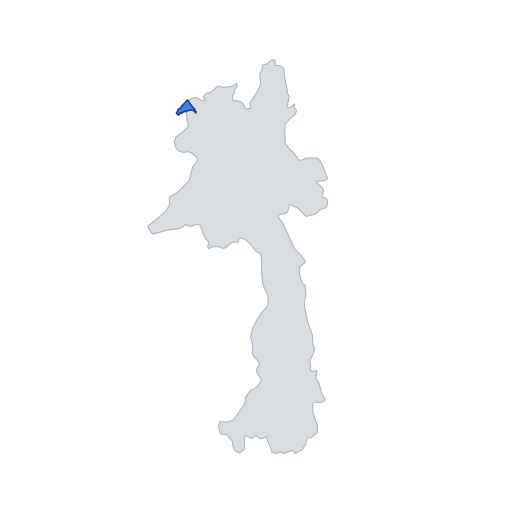 Tonpheung, Bokeo, Laos shown in context, rotated 29°
{"feature_id": "54806243B26720131925701", "entity_name": "Tonpheung", "entity_type": "district", "adm_level": 2, "iso_a3": "LAO", "parent_name": "Laos", "parent_adm1": "Bokeo", "projection": "robinson", "projection_center": [100.271, 20.454], "detail": "fine", "context": "in_parent", "style": "filled", "palette": "blue", "viewbox_px": 512, "rotation_deg": 29, "n_neighbors": 0, "source": "geoboundaries", "source_scale": "gbopen_adm2", "svg_char_len": 6215}
<svg xmlns="http://www.w3.org/2000/svg" viewBox="0 0 512 512"><g transform="rotate(29 256 256)"><path d="M191.1,80.5L193.2,84.5L202.6,95.3L204.3,98.2L207.7,100.5L210.7,110.1L211.9,110.7L213.5,110.0L214.6,108.7L215.6,104.9L216.2,104.5L217.3,107.6L220.0,108.5L221.1,109.8L221.5,112.2L221.1,114.5L218.9,120.0L217.6,127.3L226.9,143.1L230.8,145.2L240.0,147.8L246.3,151.3L249.2,150.4L252.0,146.5L255.3,144.3L261.5,141.0L263.3,140.8L266.7,142.1L272.3,146.0L280.9,153.4L280.6,155.3L279.1,157.2L274.5,160.2L273.1,162.0L274.0,162.7L277.8,163.2L282.3,164.8L283.7,166.8L284.4,171.1L285.2,172.0L289.4,171.5L290.7,172.1L292.2,173.5L293.7,177.1L293.7,179.8L289.6,184.6L289.1,187.5L287.0,190.9L281.4,196.6L279.8,197.0L269.4,193.8L261.0,194.3L260.4,195.5L261.8,198.9L262.2,202.4L260.9,205.0L256.2,208.4L256.0,209.8L257.0,211.4L263.9,214.5L286.3,231.0L296.4,234.1L300.9,236.2L302.0,237.4L302.0,238.8L300.9,240.6L299.9,243.9L299.9,245.8L300.9,247.7L302.7,250.5L309.0,256.8L313.6,258.3L318.4,265.4L319.9,271.7L322.3,275.8L333.9,289.4L343.6,297.7L349.4,306.7L352.3,308.8L353.2,312.0L354.0,321.5L357.4,326.3L358.1,328.2L359.6,329.6L361.2,329.9L364.5,326.8L365.2,327.2L366.8,332.2L368.2,334.1L373.3,337.2L378.8,343.2L381.8,345.4L385.4,347.1L386.0,349.0L385.3,351.0L384.2,352.2L377.9,355.7L377.1,357.2L381.3,365.0L391.9,374.5L395.2,380.3L394.5,383.0L391.7,388.6L389.5,390.1L389.0,391.9L390.6,396.4L390.5,403.4L388.5,405.1L386.7,409.4L385.4,409.7L382.2,408.2L375.5,415.6L372.6,415.2L369.2,419.3L364.8,419.8L361.8,416.8L355.4,411.8L353.0,408.8L351.1,411.4L347.7,414.0L342.9,413.1L341.6,416.8L340.7,417.4L334.9,418.1L333.9,418.7L334.8,422.0L338.2,427.7L339.3,431.0L337.2,436.4L331.2,436.3L328.5,434.1L325.1,429.5L317.4,426.5L312.3,428.6L310.7,428.5L306.9,424.7L305.4,422.2L304.6,418.5L310.4,415.6L313.3,413.2L315.3,410.8L316.1,408.2L317.0,397.6L317.8,393.9L317.3,389.3L315.7,385.6L315.7,380.2L316.5,375.8L318.7,373.6L320.2,370.5L321.1,363.4L320.4,361.6L318.2,359.8L314.4,358.2L312.1,356.1L311.2,353.6L311.2,351.4L312.3,349.5L309.5,347.3L302.8,345.0L299.1,342.2L298.3,338.9L295.5,334.6L290.6,329.3L288.1,321.7L287.8,311.7L288.3,303.6L290.3,294.2L287.5,287.4L284.4,283.8L280.1,281.2L276.0,277.4L272.1,272.5L267.4,265.3L262.0,255.6L258.3,251.3L256.5,252.3L252.6,251.4L246.6,248.7L241.4,247.2L237.0,246.9L234.1,247.6L232.8,249.0L232.7,250.5L233.8,251.9L233.2,253.0L230.9,253.8L229.0,255.4L226.9,258.9L225.5,263.6L223.3,265.3L219.9,265.7L216.6,267.1L213.3,269.3L211.7,271.0L211.9,272.2L211.2,272.4L209.6,271.8L208.8,270.2L208.9,267.8L207.2,266.2L203.8,265.4L199.9,262.8L192.4,256.2L190.7,255.9L188.2,257.6L185.0,261.3L182.4,262.8L180.3,262.0L178.7,263.4L177.6,266.8L175.5,269.4L165.5,276.6L156.5,285.8L154.2,286.7L148.7,284.1L147.0,282.3L154.5,263.4L155.6,258.8L155.4,252.7L152.2,247.6L152.0,246.2L152.5,244.6L156.4,238.7L160.8,223.6L160.5,218.9L158.6,213.8L157.5,208.9L158.4,202.2L158.0,199.6L155.9,198.3L149.1,197.0L145.1,198.1L143.2,199.9L140.9,201.0L136.6,201.6L132.5,199.4L129.1,195.6L128.3,190.9L132.5,180.8L133.6,176.9L133.5,175.0L132.7,173.1L131.7,172.9L129.5,170.5L127.4,166.3L125.4,164.4L123.5,164.7L121.7,166.3L118.9,170.3L117.9,169.8L120.5,155.8L122.9,149.9L125.7,147.1L128.6,146.0L131.7,146.4L134.4,145.9L136.5,144.4L136.3,143.6L133.8,143.4L132.8,141.8L133.3,138.8L134.4,136.9L136.1,136.0L137.8,133.0L139.4,127.9L141.3,125.4L143.6,125.3L147.6,123.1L153.1,118.8L155.2,114.6L157.3,116.5L156.6,121.4L157.7,122.4L158.2,124.1L157.9,126.8L158.4,129.1L159.2,130.2L160.5,130.8L166.4,128.8L170.0,128.7L175.9,132.2L179.4,129.6L179.4,128.6L176.5,125.3L177.4,113.0L177.0,103.7L172.1,96.9L171.1,94.1L170.6,89.6L169.2,85.8L172.7,82.7L174.5,77.0L177.0,75.6L177.8,75.8L180.7,80.1L184.5,77.9L187.4,78.0L189.8,79.1L191.1,80.5Z" fill="#d9dde1" stroke="#a8b0b8" stroke-width="1"/><path d="M133.8,160.0L133.8,159.9L133.9,159.7L133.7,159.6L133.6,159.4L133.5,159.2L133.7,158.9L133.5,158.7L133.4,158.7L133.1,158.7L132.9,158.6L132.7,158.6L132.4,158.4L132.2,158.2L131.8,157.9L131.5,157.7L131.3,157.5L131.1,157.3L130.9,157.2L130.7,157.0L130.4,157.0L130.2,157.1L129.9,157.0L129.7,157.1L129.8,157.0L129.4,156.9L127.2,155.9L126.6,155.5L126.3,155.5L126.1,155.4L125.7,155.3L125.3,155.1L124.9,155.0L124.5,154.8L124.1,154.6L123.8,154.5L123.5,154.3L123.1,154.0L122.8,153.8L122.5,153.7L122.3,153.5L122.1,153.4L121.9,153.3L121.7,153.2L121.3,153.0L121.1,152.9L120.8,152.7L120.7,152.7L120.7,152.8L120.6,153.0L120.4,153.2L120.4,153.3L120.3,153.5L120.2,153.6L120.2,153.8L120.1,154.0L120.1,154.3L120.0,154.5L119.9,154.5L119.9,154.8L119.9,155.0L119.8,155.3L119.8,155.6L119.7,155.8L119.7,156.0L119.6,156.3L119.5,156.5L119.4,156.7L119.4,156.9L119.4,157.0L119.3,157.4L119.2,157.7L119.2,157.8L119.1,158.0L119.0,158.3L118.9,158.6L118.8,158.9L118.8,159.0L118.8,159.3L118.8,159.5L118.7,159.7L118.7,159.8L118.5,160.0L118.4,160.1L118.4,160.3L118.4,160.5L118.4,160.8L118.5,160.9L118.5,161.0L118.4,161.1L118.4,161.3L118.3,161.6L118.2,161.8L118.1,162.0L118.1,162.3L118.1,162.6L118.2,162.8L118.2,163.0L118.3,163.2L118.3,163.3L118.2,163.5L117.9,164.0L117.3,164.8L117.1,165.0L116.9,165.2L116.9,165.3L116.8,165.6L116.8,165.8L116.8,166.0L117.0,166.4L117.1,166.5L117.2,167.0L117.3,167.2L117.2,167.3L117.2,167.5L117.3,167.7L117.3,167.8L117.2,168.0L117.0,168.7L117.0,168.9L117.0,169.1L117.0,169.3L117.3,169.7L117.5,169.8L117.7,170.0L117.8,170.0L118.0,170.1L118.5,170.1L118.8,170.2L119.0,170.2L119.1,170.3L119.4,170.3L119.6,170.3L119.8,170.3L120.0,170.2L120.2,169.8L120.2,169.7L120.3,169.5L120.3,169.4L120.2,169.2L120.1,168.9L120.0,168.7L119.9,168.6L119.8,168.3L119.8,168.1L119.9,167.9L120.0,167.8L120.2,167.7L120.5,167.7L121.0,167.5L121.4,167.5L121.6,167.4L121.8,167.3L121.9,167.1L122.0,166.6L121.9,166.2L121.9,165.8L122.1,165.6L122.2,165.4L122.3,165.4L122.5,165.3L122.6,165.2L122.8,164.9L122.8,164.6L122.8,164.4L122.9,164.2L123.0,164.2L123.3,163.9L123.5,163.7L123.8,163.7L123.9,163.8L124.0,163.8L124.3,163.8L124.5,163.8L124.5,163.6L124.7,163.4L124.8,163.3L124.9,163.1L125.0,162.9L125.3,162.6L125.5,162.4L125.8,162.2L126.0,162.0L126.1,161.9L126.2,161.7L126.3,161.5L126.5,161.3L126.7,161.2L126.8,161.0L126.9,160.9L127.1,160.8L127.3,160.6L127.5,160.5L127.6,160.4L128.6,159.8L128.7,159.7L130.7,159.2L131.9,159.3L132.9,159.7L133.8,160.0Z" fill="#3b82f6" stroke="#1e3a8a" stroke-width="1.5"/></g></svg>